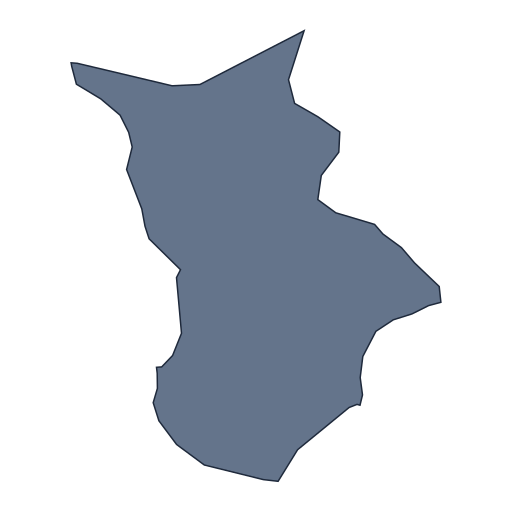 the Province of Kouritenga
{"feature_id": "BFA-2829", "entity_name": "Kouritenga", "entity_type": "Province", "adm_level": 1, "iso_a3": "BFA", "parent_name": "Burkina Faso", "parent_adm1": "", "projection": "albers", "projection_center": [-0.3, 12.177], "detail": "fine", "context": "isolated", "style": "filled", "palette": "slate", "viewbox_px": 512, "rotation_deg": 0, "n_neighbors": 0, "source": "natural_earth", "source_scale": "10m", "svg_char_len": 779}
<svg xmlns="http://www.w3.org/2000/svg" viewBox="0 0 512 512"><path d="M156.5,367.3L161.7,366.9L172.6,355.5L181.5,333.3L176.5,277.6L180.5,269.7L149.1,238.8L145.0,226.2L141.8,208.9L126.6,169.5L132.2,147.0L128.7,132.4L120.1,115.2L100.8,98.9L76.4,84.2L71.7,66.3L71.1,62.8L77.3,63.3L172.1,85.8L199.9,84.5L304.1,30.7L288.5,79.7L294.6,103.4L317.8,116.7L339.8,132.0L338.8,152.2L321.3,175.4L317.8,199.6L335.8,212.8L374.6,224.4L382.9,234.0L401.5,247.7L414.5,262.9L439.2,286.5L440.9,302.3L428.6,305.6L412.0,313.9L393.3,319.8L375.9,331.3L362.8,356.5L360.2,377.6L362.5,394.9L360.0,405.2L357.0,404.4L349.1,407.5L297.6,449.7L278.1,481.3L263.3,479.6L204.3,465.0L176.6,444.5L158.9,420.8L153.2,402.7L157.4,388.4L157.2,373.3L156.5,367.3Z" fill="#64748b" stroke="#1e293b" stroke-width="1.5"/></svg>